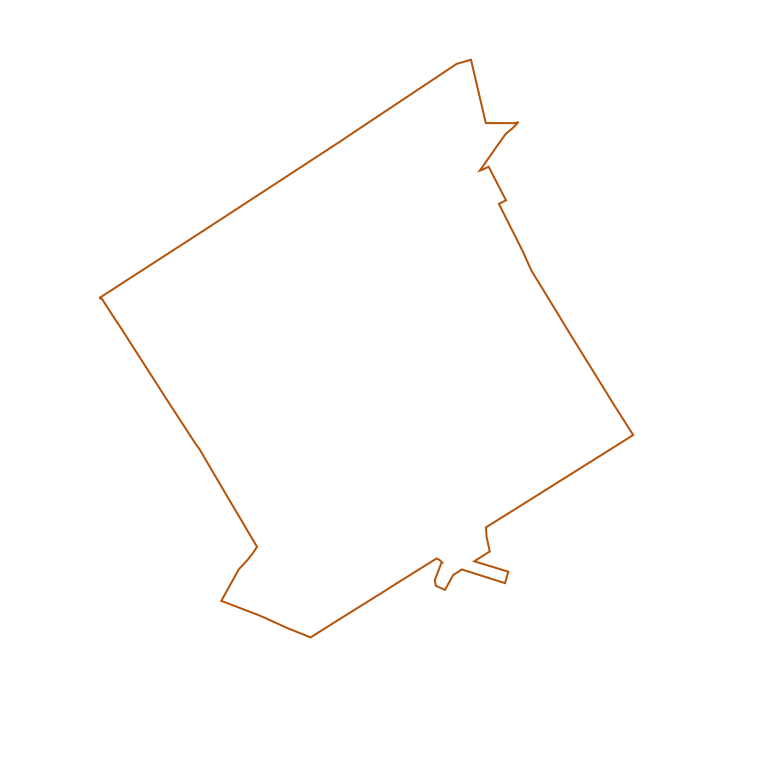 Broken Hill, New South Wales, Australia (Albers equal-area conic projection), rotated 328°
{"feature_id": "25037944B37547853464186", "entity_name": "Broken Hill", "entity_type": "district", "adm_level": 2, "iso_a3": "AUS", "parent_name": "Australia", "parent_adm1": "New South Wales", "projection": "albers", "projection_center": [141.499, -31.951], "detail": "fine", "context": "isolated", "style": "outline", "palette": "amber", "viewbox_px": 768, "rotation_deg": 328, "n_neighbors": 0, "source": "geoboundaries", "source_scale": "gbopen_adm2", "svg_char_len": 1870}
<svg xmlns="http://www.w3.org/2000/svg" viewBox="0 0 768 768"><g transform="rotate(328 384 384)"><path d="M192.9,340.3L193.0,341.7L192.9,346.0L192.3,366.0L191.3,402.5L190.8,424.6L190.6,430.9L190.4,438.4L190.4,439.6L190.1,451.8L190.1,452.9L190.0,454.8L182.4,458.3L175.3,460.8L168.1,462.8L162.9,464.1L131.1,481.7L156.3,515.1L156.9,516.2L157.7,517.1L171.6,538.2L174.3,542.0L179.3,548.8L187.4,560.0L215.0,559.9L215.9,559.9L220.0,559.9L223.0,559.9L265.4,559.9L268.1,560.0L268.9,560.0L285.8,559.8L295.5,559.8L336.1,559.8L337.8,562.5L338.8,566.5L337.7,566.3L323.0,577.3L321.0,582.5L326.6,590.9L341.6,582.6L349.3,582.6L351.6,582.4L381.1,617.0L390.0,609.1L366.6,582.2L385.0,582.0L390.0,567.9L394.5,559.6L400.2,559.6L434.1,559.6L479.1,559.5L484.7,559.5L541.7,559.4L568.3,559.3L568.2,545.9L568.0,526.8L568.0,524.7L568.0,522.7L568.0,521.7L568.0,520.7L568.2,483.3L568.2,473.2L568.2,469.3L568.2,466.6L568.3,451.1L568.3,442.4L568.8,400.6L569.1,365.7L572.2,343.6L572.2,343.3L572.2,342.7L573.5,329.1L573.6,328.2L574.1,321.9L576.9,292.1L584.8,292.9L586.0,278.1L586.1,276.6L587.9,255.2L580.9,254.4L578.3,253.8L581.5,252.5L586.3,250.5L588.5,249.5L590.5,248.7L591.6,248.2L593.1,247.6L596.7,246.1L598.3,245.4L600.8,244.3L602.4,243.6L603.5,243.1L605.0,242.5L607.1,241.6L608.1,241.2L608.7,240.9L609.9,240.5L611.0,240.0L614.3,238.6L615.1,238.3L616.6,237.7L617.2,237.4L618.1,237.1L618.6,236.9L619.3,236.7L619.6,236.6L619.9,236.5L621.5,236.2L622.0,236.1L622.5,236.0L623.2,235.9L623.9,235.8L625.7,235.6L626.6,235.4L627.3,235.4L627.6,235.3L628.3,235.2L629.2,235.0L630.7,234.7L634.2,233.8L634.8,233.6L635.2,233.5L636.9,233.1L633.3,232.2L608.6,216.7L629.6,155.1L615.2,151.0L513.8,153.9L471.8,155.2L471.2,155.2L312.5,158.3L188.8,160.2L188.8,161.3L189.9,161.3L190.3,191.0L190.5,191.0L191.6,286.7L192.3,323.6L192.5,335.4L192.9,339.3L192.9,340.3Z" fill="none" stroke="#b45309" stroke-width="2"/></g></svg>